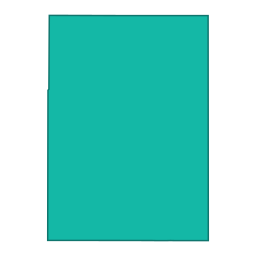 outline of Gage, Nebraska, United States of America
{"feature_id": "52423323B4603468379444", "entity_name": "Gage", "entity_type": "district", "adm_level": 2, "iso_a3": "USA", "parent_name": "United States of America", "parent_adm1": "Nebraska", "projection": "robinson", "projection_center": [-96.689, 40.262], "detail": "fine", "context": "isolated", "style": "filled", "palette": "teal", "viewbox_px": 256, "rotation_deg": 0, "n_neighbors": 0, "source": "geoboundaries", "source_scale": "gbopen_adm2", "svg_char_len": 428}
<svg xmlns="http://www.w3.org/2000/svg" viewBox="0 0 256 256"><path d="M86.9,240.4L152.0,240.5L156.3,240.6L158.2,240.6L166.4,240.6L166.7,240.6L170.3,240.5L174.9,240.6L181.6,240.6L185.8,240.6L206.1,240.6L207.0,240.6L208.3,240.6L208.2,128.0L208.1,15.6L122.0,15.6L49.3,15.4L48.9,89.1L48.0,90.3L47.7,240.4L47.8,240.4L60.4,240.4L61.2,240.4L62.4,240.4L62.8,240.4L86.9,240.4Z" fill="#14b8a6" stroke="#0f766e" stroke-width="1.5"/></svg>